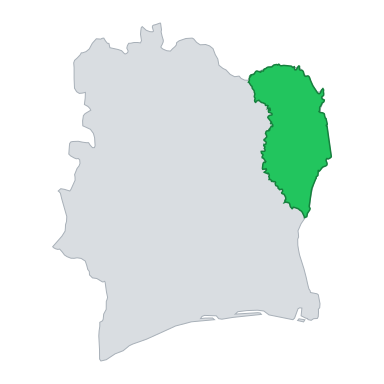 Ivory Coast, with Zanzan highlighted
{"feature_id": "CIV-3449", "entity_name": "Zanzan", "entity_type": "Region", "adm_level": 1, "iso_a3": "CIV", "parent_name": "Ivory Coast", "parent_adm1": "", "projection": "natural_earth1", "projection_center": [-3.572, 8.502], "detail": "fine", "context": "in_parent", "style": "filled", "palette": "green", "viewbox_px": 384, "rotation_deg": 0, "n_neighbors": 0, "source": "natural_earth", "source_scale": "10m", "svg_char_len": 9046}
<svg xmlns="http://www.w3.org/2000/svg" viewBox="0 0 384 384"><path d="M81.3,52.8L82.6,52.8L86.1,51.6L89.3,48.9L92.3,43.3L96.3,38.8L100.8,39.1L102.2,38.3L103.8,38.1L105.6,41.1L107.5,43.4L108.9,43.4L109.9,47.7L118.1,49.5L121.6,50.7L124.6,53.8L125.6,53.9L126.9,53.2L127.9,52.1L128.1,50.9L126.8,48.1L127.4,45.6L128.7,43.3L130.8,43.2L134.0,42.5L137.7,42.5L140.4,42.9L141.5,40.7L140.5,34.3L140.8,30.8L141.2,27.8L142.2,26.6L146.3,30.3L150.0,31.7L152.7,31.8L153.5,31.1L152.3,27.0L152.6,25.8L153.6,25.1L155.4,24.7L160.2,23.0L160.6,23.4L161.5,29.8L161.1,31.8L162.1,36.2L163.3,40.2L163.2,41.9L162.2,44.4L161.0,46.6L161.1,47.6L163.0,49.1L166.7,50.7L170.4,51.1L172.5,48.8L174.7,46.9L176.2,45.2L176.7,42.6L179.1,40.8L185.9,38.5L192.2,38.1L193.7,38.9L196.6,42.4L200.2,44.8L205.6,44.5L209.6,45.9L213.0,48.6L215.3,54.7L217.8,59.0L218.9,65.2L222.9,68.4L226.0,69.9L230.2,74.4L234.6,76.7L239.1,76.1L241.2,78.5L244.6,80.1L248.0,80.3L251.0,75.1L254.9,73.0L264.8,68.9L268.7,67.0L272.7,65.9L282.2,65.5L291.1,66.7L295.5,67.7L298.5,67.0L301.4,69.5L304.4,74.6L306.8,76.3L309.3,78.0L311.1,82.1L313.3,86.1L314.4,87.9L317.1,91.9L319.4,92.0L321.6,90.3L322.6,89.0L323.1,91.6L322.2,95.9L322.4,98.5L323.6,99.5L322.9,102.9L320.3,108.7L320.3,112.1L322.9,113.2L324.8,116.8L325.9,123.0L327.0,125.1L327.1,126.4L329.0,141.4L331.3,156.5L329.9,158.4L327.8,159.0L326.5,159.7L326.1,161.1L327.0,163.2L326.4,165.1L323.9,166.4L318.4,171.2L318.0,173.1L316.5,177.1L315.3,179.6L313.5,184.2L310.7,196.5L309.6,206.6L309.4,209.7L308.3,211.9L307.1,215.0L301.1,223.7L298.0,230.8L298.4,233.9L298.6,237.0L297.7,239.2L297.8,245.2L298.6,250.2L299.6,255.1L304.0,269.0L306.2,277.5L307.7,284.3L308.9,288.9L310.1,290.7L310.5,292.5L317.0,293.8L318.3,294.8L320.0,303.7L319.7,307.7L318.4,309.2L318.5,312.6L318.2,316.8L317.3,318.5L313.6,318.7L311.2,320.3L308.0,319.6L307.6,318.6L305.9,318.2L301.1,315.8L301.9,308.1L299.7,307.8L298.0,308.8L294.6,318.1L292.9,319.7L269.0,314.9L263.8,311.0L257.6,310.2L246.7,310.6L237.8,311.7L235.2,314.1L257.8,312.7L260.2,313.0L261.4,314.4L232.8,317.4L221.9,319.2L218.7,318.7L216.3,315.8L204.4,315.4L202.0,316.4L200.5,318.6L205.2,318.1L212.5,318.0L214.5,319.7L191.5,321.8L175.5,326.0L168.8,329.1L146.5,339.2L132.9,344.0L129.3,345.7L123.2,350.7L115.2,353.8L106.3,359.7L100.9,361.0L99.6,359.1L99.5,349.2L98.8,336.0L99.1,331.0L99.8,326.2L99.8,322.3L102.5,320.8L103.2,319.2L103.7,314.1L106.2,309.4L106.3,301.3L107.0,299.6L107.6,297.4L106.5,292.1L105.1,282.0L104.4,281.3L103.8,281.8L102.4,281.9L96.8,278.5L92.5,277.9L89.5,274.9L89.3,271.5L87.8,269.5L86.8,265.6L85.3,261.1L81.1,258.4L77.1,257.8L74.2,258.3L70.9,258.2L67.1,256.7L64.5,255.0L62.0,251.7L59.7,249.1L57.8,249.4L55.6,248.8L53.4,247.6L52.7,246.7L61.9,236.2L65.1,231.1L65.4,228.0L65.5,224.8L66.5,221.6L66.8,216.6L61.7,198.7L60.4,193.2L59.0,191.6L58.2,191.0L60.8,188.7L64.3,189.3L69.8,191.0L71.0,189.3L75.1,180.2L75.0,176.9L74.6,174.6L77.1,168.4L79.0,166.0L80.0,163.4L79.7,159.9L78.3,158.5L76.3,158.8L74.1,157.9L70.6,155.9L68.8,154.1L69.4,145.9L69.7,143.4L70.9,141.9L72.9,141.5L78.3,141.3L82.7,142.2L86.5,142.7L88.6,142.7L90.2,145.2L92.4,147.6L94.4,147.6L95.1,145.8L94.6,137.7L93.4,133.4L90.4,129.3L82.8,125.8L82.6,120.9L83.4,115.6L85.1,113.6L90.8,110.2L89.8,108.4L88.0,106.5L84.4,104.5L85.2,98.1L85.4,92.4L82.4,93.1L79.3,93.4L76.6,91.7L74.5,88.2L74.1,78.7L74.1,67.7L73.7,62.9L74.6,60.3L77.3,57.9L80.2,54.8L81.3,52.8ZM304.9,319.8L303.6,321.9L297.6,320.5L299.0,318.8L304.9,319.8Z" fill="#d9dde1" stroke="#a8b0b8" stroke-width="1"/><path d="M322.9,88.6L323.5,89.5L323.6,90.2L323.4,91.9L323.5,92.3L323.7,93.2L323.7,94.7L323.5,95.6L322.9,96.0L322.3,96.3L321.8,97.0L321.8,98.0L322.1,98.8L322.8,99.4L323.6,99.6L324.3,100.0L324.2,101.0L323.7,102.0L322.2,102.9L321.7,103.9L320.9,105.8L319.9,106.9L319.7,107.4L319.6,110.0L319.5,110.8L319.0,111.6L319.5,111.9L319.8,112.2L320.1,112.5L320.8,112.6L321.9,112.7L323.1,113.0L324.2,113.7L324.5,114.6L324.6,115.7L325.3,118.1L325.6,118.4L325.9,118.4L326.1,118.6L326.2,119.0L326.3,119.9L327.2,123.6L327.2,124.4L326.7,124.7L326.4,125.0L326.2,125.7L326.5,126.1L326.9,125.9L327.1,126.7L329.2,141.6L331.3,156.4L331.0,157.3L329.0,158.6L328.3,158.9L327.8,158.8L327.2,158.5L326.8,158.5L326.6,158.8L326.2,159.5L326.0,160.3L326.2,161.0L326.8,162.5L327.1,163.8L327.0,164.7L326.6,165.4L325.6,166.0L322.9,167.0L322.1,167.7L320.0,170.5L319.2,171.2L318.9,170.7L318.6,170.5L318.3,170.5L318.2,170.9L318.0,174.9L317.9,175.5L317.5,175.9L316.5,176.6L316.1,177.1L316.1,177.3L316.2,178.0L316.2,178.3L316.0,178.7L315.5,179.3L315.4,179.7L312.1,187.8L311.5,190.0L309.2,206.2L309.3,206.8L309.6,207.6L309.9,208.0L310.1,208.4L310.0,209.2L309.6,210.2L307.5,213.2L307.3,213.8L306.9,216.4L306.7,216.8L304.4,217.6L304.3,216.7L302.4,212.5L301.9,211.8L301.2,211.0L299.6,210.0L298.6,209.0L298.1,208.7L294.7,207.5L293.8,207.3L293.2,207.3L292.8,208.0L292.5,208.5L292.4,208.6L292.1,208.7L291.9,208.5L291.1,207.5L290.7,207.1L290.5,206.8L290.4,206.6L290.3,206.4L289.6,203.7L289.4,203.4L289.1,203.1L288.6,202.8L288.3,202.6L288.0,202.5L287.8,202.6L287.6,202.6L287.2,202.3L286.9,202.4L286.2,202.1L285.8,202.1L284.3,202.6L285.0,201.4L284.9,200.2L285.7,199.8L285.8,198.9L285.5,196.8L285.4,196.7L284.4,195.0L284.3,194.6L284.1,194.3L283.7,194.1L283.2,194.0L282.6,193.8L282.0,193.5L281.7,193.2L281.6,192.7L282.5,191.6L282.7,191.0L282.4,189.4L281.5,189.2L279.6,189.7L279.2,189.4L279.0,188.9L278.7,188.5L278.2,188.3L278.0,187.9L278.0,187.2L277.8,186.4L277.3,186.1L276.1,185.8L275.6,185.2L275.2,183.5L275.6,182.3L275.0,181.7L274.0,181.6L273.1,181.7L272.8,181.3L272.4,181.1L272.0,181.1L271.5,181.3L271.2,180.3L270.7,179.7L270.0,179.5L269.0,179.5L269.0,179.2L269.4,178.9L269.5,178.5L269.2,177.5L269.1,177.3L268.8,176.8L268.8,176.5L268.9,176.1L269.2,175.8L269.3,175.5L269.1,174.6L268.8,174.0L268.6,173.6L268.0,173.1L267.4,173.7L266.9,173.3L265.6,172.9L264.9,172.6L264.2,172.2L264.6,171.9L265.2,171.5L266.0,170.7L266.4,170.2L266.5,169.7L266.1,168.7L265.7,168.8L265.2,169.2L264.7,169.2L264.1,169.0L263.3,169.3L262.7,169.3L262.4,168.4L262.7,166.0L262.9,164.1L263.4,162.8L264.2,162.1L265.2,162.5L265.4,162.2L265.7,161.7L265.8,161.4L265.2,160.8L263.5,158.3L263.0,158.0L262.5,158.0L262.2,157.8L262.1,157.2L262.2,156.5L262.9,155.4L263.0,154.8L262.8,154.3L261.7,153.5L261.5,153.2L261.4,152.6L261.2,151.9L261.2,151.4L261.7,151.3L263.9,151.3L264.6,151.2L265.0,150.6L265.1,150.1L265.0,149.6L264.8,149.2L264.3,148.6L264.3,148.4L264.5,148.2L264.6,147.8L264.7,147.6L264.8,147.4L264.9,147.2L264.9,146.8L264.8,146.6L264.6,146.5L264.4,146.5L264.1,146.1L263.8,145.7L263.7,145.3L264.0,144.6L264.1,144.8L264.7,144.7L265.7,144.3L266.0,143.3L266.2,142.6L265.8,141.6L264.1,140.5L264.0,139.6L264.2,139.3L265.0,139.0L265.4,138.3L266.6,137.2L266.7,136.4L266.5,135.3L266.2,135.0L266.0,134.2L265.5,133.7L266.0,131.8L266.5,131.1L267.3,130.8L268.6,130.8L269.2,130.6L269.6,130.1L268.9,129.9L269.0,129.4L269.9,128.6L271.1,126.5L271.3,126.1L271.9,126.3L272.4,126.6L272.7,126.4L272.8,125.2L272.6,124.5L272.0,123.9L271.4,123.5L270.8,123.6L270.8,123.4L270.7,123.3L270.6,123.2L270.8,122.9L270.9,122.6L271.1,122.5L271.5,122.5L271.5,122.1L270.6,121.2L269.3,119.4L268.5,118.6L267.8,117.4L268.2,116.4L269.1,115.7L270.2,115.2L270.9,115.1L271.5,115.1L272.0,114.8L272.1,114.1L271.8,113.5L271.1,113.1L270.3,112.7L268.7,112.3L268.4,111.4L268.5,110.2L269.0,109.0L269.4,109.8L269.9,110.5L270.3,110.4L270.2,109.0L269.9,108.2L269.4,108.2L268.7,108.5L267.7,108.6L267.8,108.5L267.8,108.4L268.1,108.3L267.4,107.5L268.0,105.7L267.3,105.4L265.9,105.5L265.5,105.4L265.4,105.0L265.3,104.4L265.1,103.8L264.8,103.6L264.3,103.5L263.3,102.9L261.5,102.5L260.3,101.6L259.0,100.3L258.8,100.6L258.5,100.6L258.2,100.6L257.7,100.6L257.0,100.9L256.2,101.4L255.9,101.8L255.9,102.2L255.7,102.4L255.2,102.1L255.1,101.9L254.8,101.5L254.7,101.0L254.6,100.6L254.7,99.8L254.9,99.2L255.1,98.7L254.9,97.8L254.8,97.5L254.6,97.4L254.4,97.1L254.3,96.7L254.3,96.2L254.4,95.9L254.5,95.6L254.6,95.4L254.6,94.9L254.9,94.3L254.9,93.9L254.8,93.5L254.4,92.7L254.2,90.9L253.8,90.2L252.6,88.8L252.3,88.4L252.2,88.0L252.1,87.6L252.1,87.0L252.0,86.4L251.7,86.1L251.4,85.9L251.0,85.6L249.0,82.5L248.4,82.2L248.7,81.8L249.3,80.5L249.4,79.8L249.3,78.5L249.3,78.1L249.6,77.6L250.9,75.9L250.4,75.7L250.2,75.7L250.8,75.0L251.6,74.7L253.3,74.5L254.2,73.9L255.5,71.8L256.3,71.1L257.1,71.0L259.7,71.9L260.1,72.2L260.4,72.3L260.7,72.2L260.8,71.9L260.8,71.7L261.6,71.1L261.9,71.0L263.4,71.0L263.7,70.2L263.9,69.4L264.6,68.9L265.5,68.7L267.2,67.4L268.1,67.1L271.2,67.0L272.1,66.7L272.5,66.4L273.2,65.5L273.7,65.1L274.3,64.9L276.5,64.5L276.9,64.6L277.5,65.0L277.8,65.1L278.0,64.9L278.4,64.3L278.6,64.2L279.2,64.4L279.5,64.8L279.8,65.2L280.3,65.6L281.1,65.8L283.8,65.4L291.0,66.1L291.6,66.3L292.4,67.2L292.9,67.5L293.3,67.3L293.8,66.9L294.3,66.7L294.5,67.1L294.4,68.1L294.5,69.2L295.0,69.9L296.1,69.8L296.7,69.0L298.2,66.5L298.9,65.9L299.5,66.3L299.5,67.4L299.4,68.6L299.6,69.7L300.4,70.2L301.4,70.2L302.5,70.5L303.4,71.8L304.0,74.3L304.4,75.6L305.2,76.3L306.1,76.4L307.6,75.9L308.5,76.1L309.2,76.9L309.8,78.2L310.6,80.6L312.8,85.7L317.4,92.7L318.4,93.6L319.5,93.7L320.4,92.9L321.5,90.1L322.9,88.6Z" fill="#22c55e" stroke="#15803d" stroke-width="1.5"/></svg>